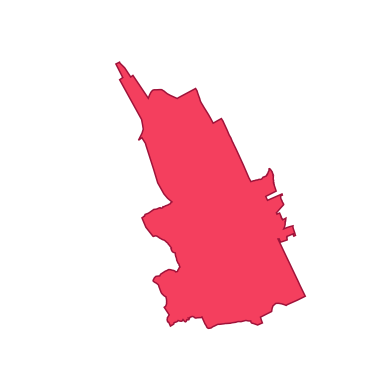 the district of Tenango del Valle, México, Mexico, rotated 63°
{"feature_id": "50627088B67795620919369", "entity_name": "Tenango del Valle", "entity_type": "district", "adm_level": 2, "iso_a3": "MEX", "parent_name": "Mexico", "parent_adm1": "México", "projection": "albers", "projection_center": [-99.612, 19.076], "detail": "fine", "context": "isolated", "style": "filled", "palette": "rose", "viewbox_px": 384, "rotation_deg": 63, "n_neighbors": 0, "source": "geoboundaries", "source_scale": "gbopen_adm2", "svg_char_len": 5974}
<svg xmlns="http://www.w3.org/2000/svg" viewBox="0 0 384 384"><g transform="rotate(63 192 192)"><path d="M101.4,141.8L101.8,161.4L102.0,162.7L95.9,167.6L93.1,169.5L89.9,170.9L89.2,171.2L88.4,171.8L87.8,172.1L87.4,172.3L87.2,172.5L86.9,172.8L86.3,173.9L84.7,177.5L83.9,179.0L83.6,180.0L83.5,180.6L83.9,182.1L84.2,182.7L84.6,183.5L85.2,184.3L86.4,185.9L88.6,188.4L61.3,191.7L61.7,194.4L50.8,195.6L44.5,197.7L43.4,197.6L43.4,201.7L58.6,201.7L59.1,205.5L104.5,204.0L109.6,205.5L113.9,206.9L116.9,209.8L121.6,216.2L120.9,212.0L127.5,211.4L130.0,211.9L154.5,215.9L168.3,218.4L181.0,217.9L186.0,216.7L186.7,216.5L188.6,215.7L191.7,214.4L192.0,215.9L192.1,216.1L192.3,216.2L192.5,216.6L192.6,216.8L192.5,217.9L192.6,218.6L192.6,219.8L192.3,221.9L192.4,222.9L192.3,223.6L192.3,223.8L192.2,224.1L191.9,224.5L192.0,224.7L192.3,224.8L192.5,224.9L192.7,225.3L192.7,225.6L192.5,226.2L192.5,226.9L192.4,227.1L191.6,227.4L191.5,227.6L191.4,228.1L191.3,228.6L191.2,230.6L191.1,231.5L190.8,232.4L190.5,233.2L190.2,233.8L191.1,240.5L190.7,244.0L192.1,245.4L191.8,246.3L192.3,247.3L192.3,248.3L194.4,248.5L202.5,249.1L213.6,246.9L214.0,246.7L214.1,246.4L214.2,245.6L214.3,245.0L214.5,244.3L215.1,243.6L215.5,243.2L216.1,242.9L217.1,242.3L218.2,241.8L219.5,240.9L220.0,240.6L221.0,239.9L222.1,238.8L222.6,238.5L223.3,238.1L224.4,237.7L225.1,237.5L226.3,236.9L227.0,236.7L227.4,236.8L228.2,236.7L228.9,236.4L229.2,236.3L229.9,236.2L230.3,236.2L230.6,236.2L230.9,236.1L232.4,235.7L232.7,235.8L232.8,236.4L233.2,236.5L233.7,236.5L234.1,236.5L234.6,236.7L236.0,236.6L237.2,236.1L238.0,235.3L238.3,235.1L238.6,234.6L238.9,234.6L239.4,234.8L239.7,235.0L240.3,235.3L242.3,235.8L243.2,235.8L243.7,235.9L244.9,236.2L245.5,236.5L246.3,236.6L247.1,236.6L248.1,236.7L249.4,236.7L250.2,236.4L251.0,236.5L251.6,236.8L251.8,236.7L252.3,236.7L252.7,236.8L253.4,236.8L253.6,237.4L254.0,238.3L254.5,238.6L254.6,238.9L254.8,239.4L255.4,240.3L255.7,240.5L256.1,240.9L256.2,241.2L255.9,242.2L255.9,242.7L255.6,242.9L254.8,243.0L254.2,243.5L253.6,243.9L253.3,244.4L252.1,245.8L251.5,246.3L251.1,247.1L250.6,247.7L250.5,248.6L250.5,249.3L250.6,250.1L250.4,251.7L251.0,257.3L252.1,258.8L250.8,262.4L251.3,264.3L253.0,266.7L253.6,267.0L253.8,267.0L254.4,266.8L255.3,266.3L255.9,266.0L256.5,265.5L257.6,264.9L258.7,264.4L259.7,264.1L261.3,264.4L264.5,264.8L266.5,265.0L267.5,265.1L268.7,265.0L271.2,264.2L272.1,263.8L273.6,262.8L274.4,263.1L275.2,263.2L276.4,263.6L278.0,264.3L279.5,265.2L280.0,265.3L281.8,267.3L282.1,269.1L291.1,268.1L293.0,271.2L293.3,271.3L294.1,271.7L294.5,272.2L296.4,272.6L296.4,272.4L297.9,271.9L299.8,272.0L301.7,272.1L301.5,269.4L301.4,268.3L300.3,267.2L300.7,264.7L300.6,263.3L300.2,262.7L301.6,261.3L302.3,260.2L302.4,259.6L302.4,259.2L302.2,258.9L301.6,257.9L302.8,257.6L303.3,257.6L303.9,257.4L304.7,256.8L304.7,256.1L304.2,255.3L303.4,254.5L303.4,254.2L303.5,253.8L303.9,253.9L304.2,253.2L303.7,253.0L303.7,252.6L304.1,252.5L303.7,251.9L303.2,252.0L303.4,251.8L302.8,251.2L302.9,250.6L302.7,250.2L302.7,249.8L303.0,249.0L302.9,248.8L302.9,248.5L303.1,248.1L303.6,247.5L304.1,247.1L305.2,246.7L305.5,246.3L305.9,246.1L306.3,245.1L306.5,244.2L306.8,243.6L307.7,241.6L307.8,241.5L308.1,240.6L307.9,240.3L307.9,239.9L315.5,240.3L315.7,240.2L316.4,240.2L317.7,240.0L318.7,240.2L320.1,239.9L321.0,239.2L321.7,237.1L321.8,236.3L321.5,235.0L321.5,234.0L321.6,232.8L321.6,231.1L321.6,229.4L322.0,228.2L322.4,227.5L323.9,223.4L324.1,222.8L324.2,222.3L324.6,221.4L324.8,221.0L326.3,217.5L326.7,215.7L327.9,212.3L328.3,209.9L329.8,207.1L330.9,202.3L332.4,200.4L333.6,198.3L333.8,198.4L334.7,198.5L335.3,198.5L336.1,198.1L336.9,197.1L340.3,193.9L340.6,188.7L337.8,188.4L334.6,187.8L334.6,175.3L331.9,173.3L330.2,171.5L329.3,167.9L330.4,165.5L331.2,164.4L332.0,163.3L332.5,162.7L333.7,161.5L334.4,160.8L335.8,159.6L335.6,158.3L336.2,147.2L336.3,138.4L324.2,138.2L319.9,138.0L285.8,137.1L272.9,136.7L273.2,135.7L276.9,135.9L277.4,132.6L277.9,129.0L277.2,128.6L275.8,128.4L274.9,127.8L275.0,127.7L274.7,127.6L275.0,123.9L275.2,120.7L275.5,120.9L276.6,121.3L277.0,121.4L277.6,121.3L277.6,119.5L275.5,119.3L275.5,119.1L271.9,118.6L270.6,118.4L269.7,118.2L268.4,117.7L268.0,117.4L267.5,119.6L267.2,121.0L266.9,123.0L266.7,124.8L266.7,125.4L266.5,127.0L265.8,126.1L264.1,124.5L263.4,123.9L262.6,123.4L261.9,123.1L261.0,122.4L260.8,122.5L260.5,121.9L257.9,120.2L258.0,122.4L258.0,123.7L257.2,123.6L257.1,124.0L255.1,124.0L255.1,123.8L253.9,123.8L253.9,123.7L252.2,123.6L250.5,123.5L250.3,126.3L250.0,126.2L249.4,126.2L248.9,126.3L246.4,120.1L244.9,116.1L244.5,116.1L244.2,115.9L244.0,116.0L243.7,116.0L243.4,115.9L243.0,115.9L242.4,116.0L241.9,116.0L241.6,116.1L241.2,115.9L240.8,115.8L240.3,115.9L239.9,115.8L239.3,115.9L238.8,115.8L237.9,115.8L237.1,115.4L236.8,115.3L236.3,115.1L236.1,115.1L235.7,114.7L235.8,112.9L234.6,112.7L233.7,128.5L231.0,128.4L229.4,128.3L229.4,116.6L221.5,115.4L221.7,115.2L221.2,115.1L221.0,114.9L220.6,114.8L220.4,114.7L220.2,114.7L219.9,114.7L219.2,114.5L219.0,114.3L218.9,114.2L218.7,114.1L218.5,113.9L218.2,114.0L217.6,113.9L216.3,113.2L215.7,112.8L215.2,112.6L214.8,112.4L214.6,112.1L214.2,112.2L213.9,112.3L213.6,112.1L213.3,111.9L213.2,111.7L212.8,111.8L212.0,111.7L211.7,111.6L210.8,111.6L210.3,111.4L210.1,111.5L208.4,111.7L207.0,112.0L206.4,112.3L206.3,112.8L208.1,113.8L208.4,114.5L210.8,117.1L210.9,117.5L210.6,117.5L211.5,118.9L211.3,119.9L211.3,121.1L211.0,121.7L211.7,123.3L212.0,123.8L212.0,124.4L212.0,124.9L211.7,125.6L211.4,126.0L211.1,126.9L211.0,128.4L210.7,129.0L210.5,129.3L210.3,131.0L209.9,132.2L209.7,133.9L209.4,134.9L208.5,134.8L205.3,134.9L191.3,134.0L174.1,133.3L168.5,133.2L166.6,133.1L165.7,133.2L161.0,132.8L160.5,132.9L157.9,133.0L152.6,132.6L144.4,132.3L142.9,132.2L142.1,132.3L139.9,132.5L140.0,135.6L140.3,141.9L135.6,142.0L134.8,142.0L132.8,142.1L130.3,142.2L122.4,142.9L116.5,143.3L115.6,143.3L114.3,143.2L112.0,142.7L110.0,142.5L106.3,142.0L104.2,141.6L102.9,141.7L101.4,141.8Z" fill="#f43f5e" stroke="#9f1239" stroke-width="1.5"/></g></svg>